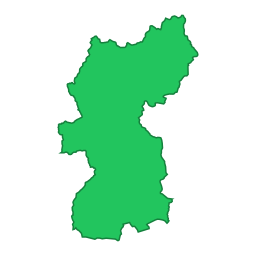 Petris, Arad, Romania
{"feature_id": "2599482B88106197026841", "entity_name": "Petris", "entity_type": "district", "adm_level": 2, "iso_a3": "ROU", "parent_name": "Romania", "parent_adm1": "Arad", "projection": "equal_earth", "projection_center": [22.372, 46.087], "detail": "fine", "context": "isolated", "style": "filled", "palette": "green", "viewbox_px": 256, "rotation_deg": 0, "n_neighbors": 0, "source": "geoboundaries", "source_scale": "gbopen_adm2", "svg_char_len": 5671}
<svg xmlns="http://www.w3.org/2000/svg" viewBox="0 0 256 256"><path d="M191.7,61.2L193.4,59.7L192.5,57.8L192.7,57.4L194.1,56.6L196.2,56.5L197.1,56.1L197.6,55.5L197.8,54.5L197.6,53.6L197.2,52.4L194.1,48.7L193.7,47.8L191.9,46.7L191.6,46.0L191.5,44.9L190.4,44.2L190.3,43.9L190.8,43.2L190.5,42.1L190.0,41.3L187.9,39.7L187.3,36.3L186.8,36.0L185.1,35.9L184.2,34.1L184.0,33.1L184.3,31.0L184.2,29.6L183.5,27.5L183.6,24.2L184.6,23.0L185.3,21.3L185.4,20.4L185.3,18.8L183.9,17.2L183.6,16.2L183.0,15.4L181.7,15.4L180.7,17.1L178.1,18.0L176.3,16.7L174.6,16.0L173.0,16.4L172.1,16.7L170.5,19.3L169.5,19.6L168.0,19.2L165.7,18.2L164.7,20.6L162.3,22.7L161.4,26.6L161.4,27.9L160.7,29.6L160.1,29.1L159.4,29.4L158.6,28.7L157.7,28.6L156.7,29.3L154.8,27.5L152.1,25.8L150.9,25.8L150.1,26.3L149.8,29.1L149.5,30.4L148.7,31.2L146.5,32.5L145.7,33.5L145.3,34.9L145.5,35.9L145.4,36.8L144.0,38.3L142.5,41.6L142.0,42.0L140.6,41.9L139.0,42.8L137.2,43.0L136.4,44.1L132.6,45.0L131.4,45.0L127.8,42.7L126.9,43.3L126.7,43.9L126.9,44.6L125.7,46.8L124.9,47.4L120.3,47.5L117.8,45.9L117.3,46.0L116.4,44.8L115.8,42.5L115.2,42.1L112.7,41.4L109.9,39.7L109.0,40.5L108.2,41.8L107.6,42.1L106.2,42.2L105.6,42.5L105.0,42.4L103.8,42.7L101.1,42.8L100.6,42.3L100.2,42.1L99.6,39.3L98.3,39.0L96.8,36.8L96.1,36.1L94.8,36.4L93.5,37.6L92.3,38.0L92.1,38.4L91.3,38.9L91.6,39.1L91.9,40.3L91.3,40.8L90.4,42.2L90.2,42.7L90.9,43.6L91.7,44.4L91.9,45.0L91.5,45.7L91.4,46.2L90.9,47.1L90.6,47.9L89.8,48.6L89.6,49.0L88.6,49.6L88.4,50.1L88.5,50.5L88.0,50.8L88.2,51.5L88.6,51.9L88.9,53.0L89.7,54.5L88.9,56.1L87.6,56.8L86.2,58.5L86.1,61.0L85.9,61.5L83.1,63.1L82.7,64.1L82.9,65.4L82.8,65.6L82.4,66.3L81.3,67.1L79.9,68.8L79.7,69.4L79.6,71.4L79.2,73.0L78.5,73.4L77.7,74.3L76.9,76.7L74.8,78.1L74.3,81.1L75.0,83.0L74.8,83.6L74.5,83.9L73.7,83.8L72.9,83.4L72.4,82.7L71.9,82.6L71.2,83.0L70.9,83.5L70.3,83.6L69.9,83.2L69.4,83.3L68.9,83.7L67.7,83.9L67.3,84.5L67.5,86.6L68.1,87.7L68.7,89.8L68.7,91.4L69.5,92.7L69.8,93.6L70.9,95.1L73.5,95.9L74.0,97.0L74.9,98.1L75.2,99.2L75.2,100.7L77.0,102.3L77.1,104.7L77.7,105.8L78.0,107.2L78.7,108.9L78.0,109.5L78.0,109.8L79.5,110.6L79.7,111.4L81.0,113.7L81.0,114.1L81.6,114.7L82.1,116.5L82.0,117.2L81.3,117.7L80.5,117.9L78.9,118.8L77.2,119.5L75.7,120.5L74.5,121.4L74.0,122.4L71.8,123.2L66.8,122.1L65.7,121.2L65.3,121.2L64.4,121.9L63.5,123.1L62.7,123.1L62.3,123.5L61.5,123.3L61.2,124.0L59.2,124.0L58.5,124.9L58.8,126.2L58.5,126.5L58.2,127.7L58.5,128.0L58.7,128.9L58.5,129.6L58.9,130.9L58.4,132.0L58.9,133.0L60.1,134.5L61.5,134.8L62.4,134.8L62.6,137.7L63.4,139.6L63.3,139.9L62.0,141.0L62.1,144.0L62.6,145.6L61.9,149.5L62.0,151.2L61.8,151.9L61.7,152.3L60.9,152.8L64.0,152.8L65.8,152.1L66.8,152.2L67.8,152.8L69.0,154.4L70.6,154.5L71.6,154.1L72.4,153.1L73.7,152.2L76.0,152.2L76.5,151.3L77.3,150.9L80.2,150.3L82.1,150.9L83.7,150.5L85.4,150.5L85.9,151.0L86.2,151.9L86.1,155.1L86.9,156.8L88.4,158.3L88.1,159.3L88.1,160.1L88.5,160.9L88.5,162.5L89.5,164.1L89.8,165.4L90.3,166.0L90.5,166.6L90.5,167.2L92.7,166.9L93.8,168.1L94.7,168.0L95.6,169.3L95.4,169.9L94.7,170.7L94.3,171.8L94.8,174.0L95.2,174.7L93.8,175.7L93.0,177.0L91.4,178.1L90.4,179.4L87.3,181.7L85.6,182.4L85.4,182.6L85.2,184.4L85.3,185.1L83.9,187.1L81.8,189.3L80.3,190.4L79.6,191.4L78.3,192.5L76.4,193.6L76.0,197.5L74.3,199.6L73.3,201.4L73.0,202.3L73.7,205.2L72.2,207.4L72.4,208.6L72.2,208.9L72.5,210.0L72.4,210.4L73.0,211.6L73.1,213.4L72.9,214.0L73.2,214.9L72.1,215.5L71.7,216.3L72.1,218.2L72.7,220.0L73.8,221.9L73.7,222.6L72.6,224.3L73.3,226.6L73.0,229.6L74.5,229.1L75.8,227.8L76.2,228.5L77.5,229.9L78.7,230.4L81.1,232.9L81.6,233.9L82.3,237.0L86.1,237.0L94.9,239.2L97.0,238.1L97.7,238.0L99.8,238.1L102.2,238.8L106.2,238.2L115.5,239.1L117.7,240.6L118.2,240.6L119.1,240.0L120.0,236.1L120.4,234.9L121.4,234.0L120.6,230.7L120.9,229.8L121.9,228.0L123.1,226.8L123.3,225.8L123.6,225.4L123.1,224.2L129.6,222.5L130.7,224.5L132.4,226.6L134.2,226.3L134.9,226.6L137.4,229.8L138.2,232.0L149.1,228.6L149.0,227.1L146.7,224.6L147.7,223.7L155.4,219.9L157.4,219.2L159.4,219.3L162.5,219.9L164.7,220.7L167.0,223.2L168.6,221.5L168.9,220.6L168.0,220.1L168.3,218.5L167.6,217.0L167.8,215.7L167.2,214.5L167.3,214.0L167.7,213.2L167.5,212.9L168.9,209.9L168.5,208.8L168.5,208.5L168.8,208.4L169.2,206.9L168.6,206.3L168.6,205.5L168.9,204.7L169.1,202.9L171.3,202.3L172.2,201.4L172.0,199.7L171.6,199.2L172.0,199.0L167.6,198.4L162.2,193.9L160.5,193.5L160.4,192.6L160.6,191.6L161.6,190.8L162.1,189.5L162.1,188.5L161.5,186.0L160.1,182.2L160.0,181.2L160.4,180.3L161.0,179.8L163.3,179.0L164.2,178.0L164.1,177.4L167.3,174.4L166.0,172.8L165.9,172.3L165.6,166.7L164.6,163.0L164.6,161.4L161.6,157.2L161.2,156.0L160.9,154.5L161.4,152.9L161.4,150.2L162.5,148.0L162.2,143.3L161.7,140.1L160.8,137.8L159.3,137.5L157.6,137.4L156.7,137.8L155.6,137.6L154.5,137.0L153.2,136.8L150.4,135.1L149.9,134.5L149.7,133.6L148.5,132.6L148.0,131.7L145.6,129.7L145.6,128.7L145.0,128.1L142.3,127.2L141.7,126.7L141.3,125.7L141.1,124.7L139.9,123.9L139.3,122.8L139.2,121.3L139.7,120.0L138.5,117.8L142.2,114.7L142.3,113.8L141.9,112.1L142.0,111.1L142.6,110.7L143.7,110.4L143.7,109.8L143.3,108.4L142.2,106.8L142.2,106.1L144.3,103.8L144.5,101.4L145.5,100.9L146.2,101.0L147.2,101.8L148.7,104.9L149.6,105.7L151.5,106.5L152.8,106.7L154.8,105.9L155.3,105.2L155.2,103.3L156.0,102.9L157.7,102.8L163.7,103.9L165.0,102.3L164.7,101.4L165.9,99.0L166.1,98.3L163.6,97.3L163.2,96.8L163.5,96.0L164.7,95.2L166.2,94.7L169.3,94.0L173.1,94.1L173.9,93.9L175.4,92.3L176.9,92.2L177.2,91.6L178.1,88.2L179.2,86.9L179.2,85.9L179.8,84.7L179.8,83.2L179.3,81.9L179.4,81.3L181.0,80.3L183.0,77.5L184.1,76.3L184.8,75.9L186.9,75.8L188.1,74.4L187.9,65.9L188.6,65.4L188.1,64.0L188.3,63.7L190.6,62.7L191.7,61.2Z" fill="#22c55e" stroke="#15803d" stroke-width="1.5"/></svg>